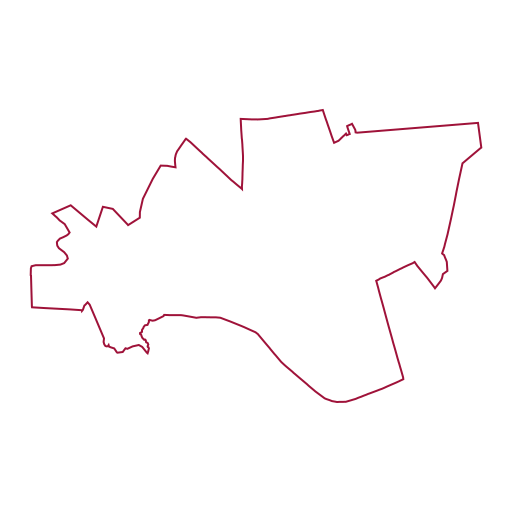 As Sab'in, Amanat Al Asimah, Yemen (Equal Earth projection)
{"feature_id": "15242507B25672196618476", "entity_name": "As Sab'in", "entity_type": "district", "adm_level": 2, "iso_a3": "YEM", "parent_name": "Yemen", "parent_adm1": "Amanat Al Asimah", "projection": "equal_earth", "projection_center": [44.204, 15.306], "detail": "fine", "context": "isolated", "style": "outline", "palette": "rose", "viewbox_px": 512, "rotation_deg": 0, "n_neighbors": 0, "source": "geoboundaries", "source_scale": "gbopen_adm2", "svg_char_len": 5995}
<svg xmlns="http://www.w3.org/2000/svg" viewBox="0 0 512 512"><path d="M282.3,116.4L277.3,117.2L275.7,117.5L270.3,118.3L269.2,118.5L268.5,118.7L267.5,118.9L264.0,119.1L259.0,119.4L258.0,119.4L257.6,119.5L257.0,119.4L255.7,119.4L252.4,119.4L251.8,119.4L240.7,118.9L240.8,121.6L241.1,127.4L241.2,129.7L241.5,133.9L241.8,138.3L242.0,139.6L242.4,145.0L242.4,145.6L242.8,152.2L243.0,155.9L243.0,160.1L243.0,160.8L242.8,164.6L242.7,168.6L242.5,173.5L242.5,174.2L242.5,174.6L242.4,178.0L242.4,179.0L242.2,182.2L242.2,182.8L241.9,186.5L242.0,189.0L241.6,188.6L236.6,184.5L235.2,183.3L233.1,181.5L231.4,180.2L228.0,177.0L227.3,176.3L226.0,175.1L220.9,170.3L220.2,169.6L216.8,166.6L215.3,165.2L209.2,159.6L208.4,158.9L205.9,156.5L205.6,156.3L202.4,153.4L202.0,152.9L200.1,151.2L190.9,142.6L190.1,141.9L189.2,141.2L187.7,140.0L186.0,138.7L185.6,139.1L182.9,143.0L180.9,145.8L180.4,146.6L179.2,148.3L178.6,149.2L177.1,151.3L175.9,154.2L175.5,155.7L175.4,156.5L175.1,157.6L175.0,158.1L175.0,159.1L174.9,159.8L174.9,160.8L174.9,161.2L175.3,165.6L175.5,167.3L174.3,167.1L171.3,166.6L167.1,165.8L166.5,165.8L160.7,165.6L152.8,178.8L142.9,198.8L139.9,212.0L139.8,217.7L128.1,225.1L127.8,224.7L112.8,208.9L102.9,206.8L96.3,226.6L88.1,219.9L70.7,205.3L52.3,213.4L55.6,216.4L56.6,217.2L58.7,219.4L59.6,220.4L64.7,224.1L69.6,232.5L68.3,234.2L66.6,235.5L63.2,237.2L59.9,238.6L57.7,240.9L56.9,242.1L57.0,243.7L57.3,245.7L58.9,248.2L64.2,252.2L66.9,255.5L67.8,258.6L64.2,263.1L60.4,264.6L55.1,265.1L51.3,265.2L46.1,265.2L35.7,265.2L31.6,266.2L30.9,268.3L30.7,275.2L31.0,275.5L31.3,286.5L31.9,306.6L32.0,307.3L45.4,308.1L69.9,309.4L81.6,310.2L81.9,310.2L82.0,310.9L82.9,309.8L84.4,305.5L85.1,305.0L87.6,302.3L89.7,304.7L92.6,311.5L95.5,318.3L97.1,322.1L100.7,330.6L104.0,338.4L103.6,342.0L104.3,344.4L105.4,346.0L106.7,346.4L107.9,346.2L108.6,345.1L108.8,345.8L109.2,346.7L111.0,347.4L114.2,348.4L115.5,350.3L116.9,352.4L117.5,352.7L122.7,352.0L125.5,348.3L127.4,348.8L132.6,346.4L138.8,345.0L142.2,346.9L143.1,348.0L146.7,352.5L147.0,352.8L147.6,353.3L148.3,351.1L148.3,350.6L148.5,350.1L148.9,348.4L148.8,348.2L148.5,347.3L147.8,347.0L147.6,346.2L148.3,344.6L147.9,343.6L147.8,343.2L147.4,342.8L147.1,342.7L146.4,342.4L146.2,342.3L146.0,341.9L145.8,340.3L145.5,340.0L145.2,339.6L144.8,339.5L144.2,339.8L143.9,339.5L142.3,337.8L141.7,336.5L141.2,334.8L140.9,334.4L140.2,334.2L140.0,333.4L140.1,332.9L140.7,332.6L141.7,332.2L142.0,331.8L142.0,330.1L142.2,329.6L143.1,328.4L143.3,328.0L143.7,326.9L144.3,326.1L144.8,325.5L145.0,325.3L147.5,324.9L147.9,324.0L148.0,323.7L148.7,322.5L148.8,322.2L148.9,321.6L148.9,320.6L148.9,320.3L149.5,319.9L150.5,320.2L152.6,320.7L154.4,320.4L155.2,320.2L158.9,318.4L163.5,316.1L163.9,315.3L164.2,314.9L166.9,315.0L168.9,315.1L171.1,315.1L178.3,315.1L179.1,315.1L181.7,315.2L182.2,315.3L183.0,315.4L189.8,316.6L196.4,317.8L197.7,317.6L199.5,317.4L200.9,317.2L204.3,317.2L209.9,317.3L213.7,317.3L215.4,317.3L216.6,317.4L220.0,317.7L220.5,317.8L224.7,319.4L227.9,320.6L229.8,321.3L240.7,325.7L241.5,326.0L242.8,326.6L243.4,326.8L247.8,328.8L251.1,330.3L255.6,332.3L256.8,333.3L257.7,333.9L259.1,335.6L265.8,343.6L269.8,348.3L270.3,349.0L274.6,354.2L275.1,354.7L281.0,361.7L281.5,362.2L281.7,362.4L284.5,365.0L286.2,366.5L292.5,371.8L293.6,372.9L295.2,374.2L296.7,375.5L300.7,378.9L307.0,384.2L308.7,385.8L314.3,390.5L315.2,391.3L323.4,397.4L324.6,398.3L326.2,399.0L329.5,400.1L332.0,401.1L334.9,401.6L336.9,402.0L337.4,402.0L339.0,401.9L341.2,401.9L344.9,401.8L345.8,401.8L349.2,400.8L351.3,400.2L352.9,399.7L354.3,399.3L355.3,399.0L355.9,398.8L358.2,397.8L360.1,397.1L361.0,396.8L363.9,395.6L366.1,394.8L368.4,393.8L369.1,393.6L376.9,390.7L379.7,389.6L382.0,388.8L384.5,387.7L387.3,386.4L389.4,385.5L391.2,384.7L395.2,383.0L397.0,382.2L403.3,379.2L403.1,377.3L401.8,372.7L401.0,369.9L400.1,366.9L399.1,363.3L398.9,362.8L397.4,357.7L396.8,355.5L395.5,350.8L394.1,345.9L393.3,343.2L393.0,342.1L392.1,338.7L389.1,328.0L389.0,327.7L387.6,322.6L386.6,318.9L386.0,316.7L384.2,310.0L384.0,309.2L381.7,300.9L381.0,298.5L379.0,291.1L378.0,287.1L377.7,286.1L376.5,281.7L376.2,280.8L376.5,280.6L378.6,279.6L380.2,278.5L383.0,277.4L384.9,276.7L387.6,275.3L389.2,274.7L389.4,274.5L391.3,273.5L393.0,272.6L393.7,272.1L395.7,271.2L397.7,270.2L400.6,268.7L401.0,268.6L402.0,268.1L403.1,267.5L407.8,265.3L410.1,264.3L412.7,263.2L414.6,262.0L416.4,264.6L416.9,265.3L417.4,266.1L417.9,266.6L418.1,266.9L422.2,271.9L426.3,276.8L426.5,277.0L427.6,278.4L428.0,278.9L428.9,280.1L433.9,286.7L435.0,288.3L436.9,285.9L437.9,284.6L438.9,283.3L439.2,282.9L440.7,280.9L441.0,280.4L441.6,279.1L442.1,277.8L442.9,274.1L447.4,270.9L446.8,261.9L446.6,261.4L446.1,260.0L445.0,257.5L444.1,255.1L442.4,253.8L442.1,253.4L443.3,249.9L444.0,247.7L444.3,246.9L444.4,246.4L444.8,244.8L444.9,244.2L445.1,243.5L447.6,234.1L448.0,232.2L448.4,230.5L451.0,218.8L452.8,210.2L453.8,205.6L455.7,195.9L456.5,191.6L458.7,180.8L459.0,179.3L459.4,177.5L460.4,172.9L462.5,163.3L462.9,163.0L470.7,156.4L480.2,148.4L481.3,147.6L478.0,122.9L357.1,132.7L356.2,132.5L355.6,132.4L355.4,130.7L355.4,130.4L355.3,130.1L355.2,129.7L352.0,123.8L350.7,124.5L350.2,124.7L348.5,125.4L347.1,126.1L347.7,128.1L348.3,129.9L348.5,130.5L348.6,130.8L349.5,133.3L349.7,134.0L349.1,134.2L348.5,134.5L348.1,134.7L346.8,135.2L346.0,133.6L344.2,135.4L343.1,136.3L341.6,137.8L341.0,138.3L340.6,138.8L338.5,140.8L338.1,140.9L337.9,141.1L336.9,141.5L334.1,142.8L331.7,136.2L330.0,131.1L329.5,129.7L329.4,129.4L327.7,124.5L326.8,121.8L326.4,120.7L325.9,119.4L325.8,119.1L324.5,115.2L322.8,110.0L320.8,110.4L320.4,110.4L317.9,111.0L317.6,111.0L316.7,111.1L315.2,111.4L313.8,111.6L312.1,111.8L311.3,111.9L309.9,112.1L309.3,112.2L308.6,112.3L307.5,112.5L306.9,112.6L306.3,112.7L305.9,112.8L303.0,113.2L301.5,113.4L299.3,113.7L298.9,113.8L297.7,114.0L295.9,114.3L293.3,114.7L292.9,114.8L292.4,114.8L290.2,115.2L289.6,115.3L288.6,115.4L286.8,115.7L286.1,115.8L285.8,115.9L285.2,116.0L284.1,116.1L282.5,116.4L282.3,116.4Z" fill="none" stroke="#9f1239" stroke-width="2"/></svg>